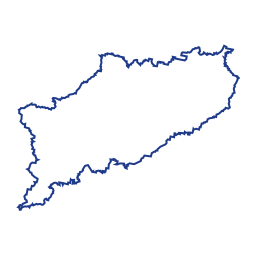 Tamworth, New South Wales, Australia (Albers equal-area conic projection), rotated 272°
{"feature_id": "25037944B76870107962046", "entity_name": "Tamworth", "entity_type": "district", "adm_level": 2, "iso_a3": "AUS", "parent_name": "Australia", "parent_adm1": "New South Wales", "projection": "albers", "projection_center": [151.073, -30.922], "detail": "fine", "context": "isolated", "style": "outline", "palette": "blue", "viewbox_px": 256, "rotation_deg": 272, "n_neighbors": 0, "source": "geoboundaries", "source_scale": "gbopen_adm2", "svg_char_len": 5766}
<svg xmlns="http://www.w3.org/2000/svg" viewBox="0 0 256 256"><g transform="rotate(272 128 128)"><path d="M100.4,151.9L103.7,152.6L105.4,155.3L105.2,156.0L106.4,156.8L106.5,158.2L107.6,158.1L110.4,161.0L113.0,166.1L114.4,167.1L116.5,166.8L118.0,168.2L117.6,170.2L121.0,170.8L120.4,174.4L124.3,174.7L124.2,175.5L122.7,175.7L122.6,176.3L124.0,178.2L123.7,179.9L124.9,179.4L124.8,183.0L124.0,184.5L126.1,184.9L125.3,185.9L125.5,188.2L123.6,188.2L123.5,189.2L124.5,188.8L125.0,189.3L124.8,190.2L125.6,190.3L125.3,192.4L125.7,192.8L129.3,193.4L128.7,193.8L129.6,196.0L128.9,199.1L132.2,199.7L131.6,199.8L131.4,200.6L135.1,201.5L135.1,202.9L136.1,203.5L136.0,204.6L136.7,204.9L137.1,206.7L139.5,207.3L140.6,209.2L141.2,212.4L141.8,212.5L141.6,213.6L142.5,213.7L142.1,215.7L144.5,216.0L145.7,218.7L148.4,221.3L148.2,222.5L149.6,222.9L150.1,224.2L151.6,224.9L150.9,227.6L152.0,229.0L156.0,227.8L157.5,228.4L160.7,227.8L161.8,228.8L161.8,229.7L163.5,230.3L163.8,231.0L166.1,231.4L167.0,233.3L169.8,232.5L171.5,232.4L173.1,233.4L174.3,232.8L176.9,234.5L181.6,236.3L181.9,237.7L182.3,235.4L183.4,235.6L184.5,231.2L185.5,231.2L187.6,228.6L188.2,228.7L189.2,227.6L189.3,226.5L190.7,226.9L191.0,225.6L192.3,225.7L193.3,225.0L193.0,224.0L193.6,223.8L193.5,222.8L194.6,223.3L194.6,222.5L195.6,222.1L196.5,223.3L196.9,222.5L199.2,222.3L199.8,223.0L201.8,221.7L201.4,222.7L202.9,223.1L202.8,222.4L203.5,223.5L204.2,222.9L204.4,223.3L205.4,223.2L205.1,223.7L205.8,224.1L206.3,223.0L206.9,223.7L206.6,224.8L207.3,225.0L206.9,225.6L207.6,225.8L207.0,227.9L207.8,227.8L208.9,228.8L208.9,229.6L210.0,230.1L211.1,223.3L212.5,223.5L213.5,221.2L209.6,219.6L207.5,218.0L205.0,214.5L206.3,213.6L205.4,212.7L205.8,211.5L204.4,211.5L203.9,210.2L205.2,207.2L204.7,206.2L205.2,205.0L204.3,204.8L204.7,204.3L204.1,203.9L206.2,201.2L204.6,200.5L203.7,198.5L204.1,197.2L205.7,196.0L207.1,197.3L210.8,196.5L211.2,195.6L210.0,193.8L210.3,192.4L209.4,191.8L208.9,189.9L206.2,188.1L205.5,186.7L205.9,185.1L205.2,184.2L205.5,179.9L204.8,179.1L202.5,178.7L201.6,184.2L198.9,183.8L197.5,182.4L199.1,172.6L200.3,172.8L200.7,170.3L197.8,170.7L198.1,169.2L195.8,168.8L195.2,166.5L192.6,165.7L193.4,161.4L194.6,161.4L195.2,157.5L194.4,157.8L194.8,155.5L190.7,154.8L191.0,151.5L191.8,151.7L193.3,149.9L195.5,149.1L197.5,149.6L198.0,146.7L195.6,146.0L196.8,143.0L195.7,142.4L196.1,142.1L195.8,141.3L192.9,140.0L193.1,138.4L191.4,138.1L194.2,134.9L196.3,134.8L196.4,134.0L195.7,131.6L193.4,130.6L192.5,128.9L191.5,128.9L191.4,127.7L190.5,126.9L188.7,126.3L189.8,124.9L190.7,124.7L191.3,126.0L193.4,124.0L194.5,124.4L194.9,123.0L197.0,120.7L197.5,121.5L198.4,121.3L199.3,116.0L199.9,116.1L200.1,115.0L199.5,112.7L200.9,110.4L201.8,110.2L201.9,109.1L201.1,109.0L201.8,104.9L200.9,104.7L201.2,102.9L199.5,102.6L200.0,99.6L199.0,99.5L199.3,97.6L197.1,99.5L195.2,98.7L192.4,99.2L188.6,98.3L188.3,98.9L186.3,98.6L185.6,99.3L183.8,99.0L183.9,97.2L184.4,97.1L184.0,95.7L182.4,94.9L180.9,92.9L179.9,93.6L179.7,92.6L178.4,92.1L177.5,89.6L175.9,88.4L175.0,86.6L172.7,85.7L172.9,84.9L172.2,84.8L172.7,82.2L171.6,82.0L171.1,80.3L166.2,78.0L163.5,75.4L160.6,74.7L161.0,73.5L160.1,72.1L159.3,68.5L158.6,67.4L157.2,67.3L157.0,65.5L155.7,63.8L155.9,62.6L155.4,61.6L156.0,60.9L153.6,59.3L154.3,58.4L154.0,57.8L155.2,55.0L155.4,52.2L154.8,51.7L153.3,52.9L152.2,52.0L151.6,53.0L152.0,54.2L150.5,54.7L149.0,53.9L147.0,54.9L145.1,53.4L145.3,51.2L143.7,50.4L144.4,49.3L144.2,48.3L145.4,47.1L145.0,44.8L145.9,44.0L145.6,42.3L146.2,41.6L145.4,40.0L146.4,38.0L145.5,36.3L145.9,35.7L147.6,35.2L148.2,34.2L147.9,31.7L148.1,30.9L149.0,30.8L147.2,28.3L146.9,26.6L146.2,26.6L145.5,24.8L144.3,24.0L144.1,20.3L143.2,19.8L142.4,18.3L141.5,18.8L139.1,18.7L137.3,21.4L133.0,21.2L130.8,20.4L128.5,22.6L128.0,23.9L128.5,25.1L125.2,24.9L124.1,29.3L122.8,29.5L122.1,30.5L121.6,29.8L120.6,30.9L118.5,31.7L116.6,35.0L114.9,34.8L113.8,31.9L112.0,32.9L111.2,34.2L110.5,32.2L109.1,32.8L108.1,32.1L105.3,33.7L103.7,33.0L103.1,35.2L101.0,34.6L100.7,35.0L99.7,33.8L98.3,34.4L98.2,35.4L97.3,35.5L97.1,36.4L93.7,37.5L93.1,39.2L92.1,37.2L89.8,36.9L90.1,33.5L88.8,31.9L84.1,30.5L83.3,28.8L82.4,30.3L80.2,31.7L79.9,33.1L78.1,33.6L75.7,36.5L74.2,39.4L73.2,39.4L70.5,38.6L70.7,36.5L69.5,37.2L67.9,36.6L66.6,35.5L66.8,33.9L62.9,33.1L63.4,29.8L58.0,29.0L58.0,28.3L56.1,26.8L53.3,27.6L52.1,29.2L50.5,29.6L48.5,25.4L47.5,25.1L46.7,23.9L47.3,23.0L46.9,22.2L46.0,22.2L45.0,21.0L44.2,22.6L42.5,22.7L42.6,23.7L44.9,24.7L46.1,27.8L45.9,29.6L46.4,31.1L45.2,32.3L47.0,33.0L47.7,34.6L48.8,35.2L47.4,36.1L49.0,39.3L48.5,40.1L49.1,42.9L48.2,44.7L48.5,45.8L50.1,47.3L52.8,46.7L54.3,47.8L54.5,48.7L53.1,49.8L53.0,50.9L54.8,51.2L56.3,53.0L59.3,54.1L60.4,55.5L61.5,55.1L62.6,55.8L64.7,55.0L65.4,53.8L65.2,52.2L66.2,51.2L67.5,53.1L67.8,52.7L68.8,53.1L69.7,55.0L70.5,55.7L70.8,57.6L70.4,58.9L69.0,59.7L69.2,60.5L68.6,61.7L71.2,61.2L70.8,64.1L68.9,64.8L70.6,65.5L69.6,69.9L71.4,70.1L71.1,72.1L74.6,72.6L74.0,73.2L74.3,75.9L72.0,75.6L72.1,74.8L70.4,74.5L70.7,76.7L71.7,77.0L70.9,78.1L71.8,78.6L72.7,80.9L73.5,80.8L73.4,81.3L74.8,80.9L75.0,79.5L76.8,79.0L77.1,79.6L78.2,79.4L79.6,81.0L80.3,80.1L80.8,81.2L82.4,81.6L82.6,83.2L84.3,84.6L85.1,84.3L88.7,86.4L89.5,89.3L82.9,93.8L83.3,94.4L82.9,94.3L82.4,97.6L83.8,97.8L84.4,100.3L83.8,101.1L84.2,102.0L83.1,102.5L82.3,103.8L84.2,104.1L84.1,104.9L83.0,104.7L82.8,105.4L82.8,106.1L83.9,106.2L83.7,107.0L87.2,107.6L86.8,109.9L91.0,110.1L94.0,112.0L96.0,111.6L95.6,114.3L96.5,114.5L96.3,115.6L95.8,115.5L95.6,116.7L94.7,116.6L94.4,118.8L91.9,118.3L91.3,117.1L91.1,118.2L92.3,121.2L92.3,125.3L91.0,125.7L91.2,125.1L90.6,125.0L90.5,126.0L88.4,126.2L87.5,128.1L89.8,128.0L90.3,129.2L91.3,128.4L92.7,130.9L92.1,135.4L95.2,141.4L95.7,142.1L96.4,141.9L98.1,142.7L98.5,143.9L101.0,145.4L100.4,151.9Z" fill="none" stroke="#1e3a8a" stroke-width="2"/></g></svg>